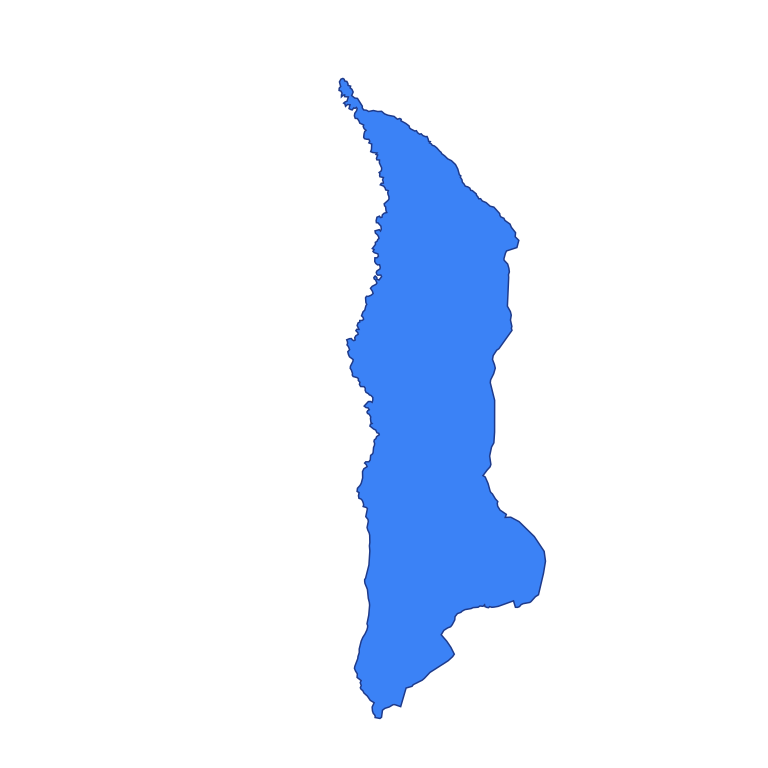 Itinga do Maranhão, Maranhão, Brazil (Albers equal-area conic projection), rotated 326°
{"feature_id": "56859067B66965401422708", "entity_name": "Itinga do Maranhão", "entity_type": "district", "adm_level": 2, "iso_a3": "BRA", "parent_name": "Brazil", "parent_adm1": "Maranhão", "projection": "albers", "projection_center": [-47.255, -4.165], "detail": "fine", "context": "isolated", "style": "filled", "palette": "blue", "viewbox_px": 768, "rotation_deg": 326, "n_neighbors": 0, "source": "geoboundaries", "source_scale": "gbopen_adm2", "svg_char_len": 6171}
<svg xmlns="http://www.w3.org/2000/svg" viewBox="0 0 768 768"><g transform="rotate(326 384 384)"><path d="M200.5,603.2L199.9,606.0L199.8,609.4L197.6,612.2L199.2,617.1L197.3,618.3L196.5,621.3L194.5,622.6L194.3,624.3L194.9,626.3L194.6,629.2L195.7,633.4L195.7,638.6L197.6,642.7L193.5,645.2L191.6,648.6L190.9,651.2L191.2,652.9L191.0,654.4L190.1,655.5L193.6,659.0L195.6,658.9L200.3,653.6L203.4,653.4L207.8,654.7L212.2,654.9L213.7,655.9L217.4,660.8L232.3,648.4L238.2,650.3L240.2,649.6L250.0,650.9L252.9,650.6L260.8,648.8L282.5,649.3L288.5,648.4L291.2,647.3L292.2,639.7L292.2,632.4L291.2,623.9L295.9,621.7L300.4,621.8L303.5,622.5L306.0,621.7L310.8,619.1L312.8,616.6L316.5,615.4L320.1,616.3L321.6,616.0L324.9,616.3L330.7,618.9L332.8,619.2L337.2,621.7L339.4,621.7L341.8,623.7L343.9,623.3L343.2,625.0L344.4,626.8L345.6,627.9L347.1,627.6L348.5,629.4L350.5,630.5L354.3,632.2L370.1,636.2L368.1,642.6L369.9,643.9L371.9,644.3L374.2,643.6L376.5,643.9L382.7,646.6L384.2,646.6L390.6,645.0L394.2,645.1L410.4,630.1L418.8,621.2L423.2,612.3L423.3,594.5L419.0,573.6L414.6,565.3L409.9,562.4L412.5,560.5L409.7,553.4L409.9,548.9L411.2,546.2L412.6,545.1L412.1,541.4L412.4,535.7L411.9,533.7L412.1,532.1L414.6,524.8L415.9,517.7L414.8,515.3L421.2,513.1L425.6,512.0L427.6,510.5L431.3,502.8L437.9,496.4L442.2,494.2L448.8,485.7L466.6,459.4L472.8,442.4L474.7,440.2L480.7,436.8L485.1,433.1L486.4,429.7L487.7,424.3L490.4,421.5L496.3,419.0L499.0,419.0L520.1,411.1L520.8,409.0L522.2,407.8L524.6,401.7L528.0,398.1L529.3,394.6L529.8,388.5L547.0,365.3L548.3,363.0L550.6,361.2L552.2,358.0L553.6,353.7L552.8,348.6L553.4,347.3L557.8,343.5L560.0,342.2L570.5,345.2L576.1,340.3L575.1,335.3L577.7,332.1L577.2,325.3L577.9,321.9L575.7,316.0L576.1,313.7L574.3,310.8L574.4,309.0L575.2,307.4L574.0,298.8L571.4,295.9L570.1,290.7L567.8,287.2L567.7,284.4L566.1,283.3L566.5,281.2L566.2,279.4L566.8,278.0L565.4,273.1L564.2,271.9L564.7,269.6L563.7,267.4L562.0,265.4L562.2,262.5L561.8,260.7L562.9,258.1L562.9,255.2L564.1,254.4L563.5,252.7L565.4,247.0L566.0,242.0L564.8,236.6L562.7,232.9L561.9,228.9L560.6,225.2L560.9,223.9L560.4,222.2L559.8,217.7L558.9,214.8L557.5,213.1L557.5,211.4L556.5,209.5L557.9,208.9L556.7,207.7L557.6,205.6L558.1,202.9L556.8,202.2L555.2,199.9L554.7,197.3L553.2,196.9L552.4,194.5L552.5,192.1L551.0,191.5L548.9,187.7L548.4,186.2L549.1,184.0L547.7,180.0L545.2,175.2L546.3,174.2L545.6,172.7L543.2,172.0L542.0,167.8L537.5,163.3L535.5,160.3L534.5,156.6L531.2,154.6L528.1,151.3L523.7,149.5L522.6,147.3L520.4,145.4L520.4,142.9L521.4,141.5L521.7,132.4L519.6,130.5L518.5,126.8L521.7,124.7L522.2,121.7L521.5,119.7L522.9,118.4L521.2,116.4L522.1,114.7L522.4,112.4L520.9,110.9L521.4,109.1L520.8,107.7L518.8,107.2L516.0,108.6L514.4,113.2L512.3,113.7L510.9,115.5L512.1,117.1L511.8,119.5L510.4,120.5L509.3,122.1L511.6,121.7L513.0,122.3L512.0,123.7L515.0,126.1L511.4,128.9L509.6,128.4L507.6,128.6L508.2,130.0L507.4,132.3L510.0,131.9L512.0,133.5L509.0,136.1L509.8,137.7L510.9,139.0L513.2,138.2L514.2,139.3L515.8,139.3L515.7,140.8L513.9,142.2L511.2,143.2L509.4,145.1L508.7,147.7L510.4,149.1L510.3,152.2L509.8,154.2L512.0,157.9L510.7,159.0L510.3,161.2L511.0,163.6L509.2,163.9L507.3,165.5L505.1,168.1L505.0,169.7L506.6,171.5L508.3,172.7L508.0,174.7L506.3,175.6L508.0,178.2L504.8,182.5L502.9,183.9L504.1,185.8L507.4,188.6L505.7,189.2L506.8,190.6L503.9,192.7L503.4,194.1L505.5,195.8L503.8,198.1L502.9,203.5L501.6,205.2L500.3,205.9L498.2,205.9L498.2,207.4L497.0,208.6L496.5,209.9L499.0,212.5L496.9,214.0L496.5,215.9L495.8,217.1L494.0,216.1L492.3,216.8L494.4,219.8L494.5,222.3L493.9,224.0L495.7,226.1L494.2,227.3L493.3,229.2L492.9,231.3L491.6,233.4L490.1,234.0L484.9,234.7L484.1,236.6L484.4,238.0L482.5,241.6L482.2,243.4L479.8,242.5L477.3,242.8L475.5,244.6L474.1,244.0L474.1,242.3L471.4,241.8L468.8,244.2L467.9,246.0L469.1,247.0L469.7,251.4L468.3,254.2L466.6,255.2L466.4,253.4L462.2,252.0L461.3,254.0L462.0,256.9L461.8,259.1L461.1,260.6L459.7,260.7L458.0,261.8L456.0,261.7L455.0,263.5L450.0,265.2L451.0,267.0L449.0,267.9L449.4,269.7L451.7,272.7L450.8,275.0L448.7,275.4L447.0,274.3L444.8,277.3L444.6,279.5L445.3,281.7L447.0,282.6L446.2,285.1L445.0,286.3L441.4,286.3L440.0,287.1L439.4,288.9L439.7,290.3L442.3,291.9L442.0,293.7L438.0,295.0L436.8,293.2L437.6,291.6L437.1,289.5L435.2,290.0L434.6,291.3L435.2,293.1L434.6,296.3L433.2,296.9L428.9,296.4L426.3,297.1L426.3,300.4L425.6,302.9L423.1,303.2L420.1,302.6L418.5,301.5L416.9,302.2L414.6,306.2L414.2,308.4L412.6,309.1L409.4,312.0L407.0,312.4L403.5,314.9L403.9,317.0L403.3,318.9L401.7,319.2L399.4,317.8L398.5,319.1L396.8,318.8L394.4,320.5L393.8,324.7L391.9,323.4L390.5,324.1L391.0,326.8L390.3,328.4L387.8,328.2L385.6,329.2L384.7,331.4L383.2,331.2L382.4,329.6L382.4,328.1L380.7,327.1L377.8,326.5L377.3,328.6L376.5,330.0L375.2,330.9L375.4,332.9L374.7,336.3L372.0,337.0L371.0,339.7L370.6,342.2L372.1,346.5L370.8,347.9L366.1,350.5L364.7,352.2L364.8,353.9L363.8,357.6L362.7,358.8L362.6,360.5L365.3,363.7L365.8,365.2L364.7,366.6L365.0,369.1L363.4,370.6L363.2,373.0L366.0,375.1L366.1,377.1L364.9,378.6L364.4,380.8L365.6,383.2L365.8,384.9L366.8,386.2L367.2,388.9L365.8,391.0L363.9,392.6L363.0,390.9L361.2,389.8L355.2,391.2L355.9,393.5L357.4,394.8L357.4,397.1L355.7,397.0L354.2,397.7L353.9,399.2L354.8,400.9L354.6,403.9L353.5,405.0L351.7,408.5L352.0,410.1L350.4,409.7L348.8,411.0L350.3,415.7L351.4,417.5L350.9,420.5L352.1,422.0L351.7,423.4L348.4,423.5L346.7,424.8L344.8,424.9L343.6,425.9L343.0,428.0L341.8,429.5L339.9,430.7L336.6,434.8L335.3,435.5L333.0,435.7L330.1,439.3L327.9,440.0L325.4,438.3L323.7,438.7L324.2,440.8L323.8,443.1L319.9,443.0L317.2,444.6L313.8,449.9L309.7,453.5L307.4,454.7L303.7,455.6L301.6,458.0L302.6,460.1L300.3,462.4L299.3,464.8L300.5,466.2L300.9,468.3L300.3,471.0L299.5,472.9L298.2,473.9L300.3,476.5L300.6,478.0L294.7,483.8L295.0,487.3L294.1,489.2L289.7,493.5L288.9,496.0L288.4,499.2L287.6,501.3L283.7,507.4L281.4,510.0L278.9,514.5L270.3,525.6L260.0,534.8L258.7,535.2L257.6,536.8L256.7,538.7L255.4,545.0L251.1,553.0L249.7,556.9L248.4,559.3L242.1,567.1L235.8,573.3L235.4,575.1L234.4,576.5L232.2,578.4L228.5,580.6L224.8,582.2L221.3,584.4L215.3,589.8L213.3,592.8L209.9,595.5L208.8,596.9L202.0,601.7L200.5,603.2Z" fill="#3b82f6" stroke="#1e3a8a" stroke-width="1.5"/></g></svg>